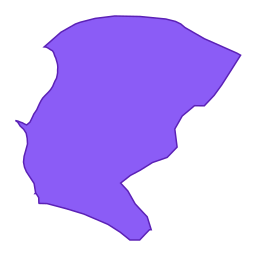 the district of Hwangju, Hwanghae-bukto, North Korea
{"feature_id": "82179303B1056018992840", "entity_name": "Hwangju", "entity_type": "district", "adm_level": 2, "iso_a3": "PRK", "parent_name": "North Korea", "parent_adm1": "Hwanghae-bukto", "projection": "mercator", "projection_center": [125.698, 38.725], "detail": "fine", "context": "isolated", "style": "filled", "palette": "violet", "viewbox_px": 256, "rotation_deg": 0, "n_neighbors": 0, "source": "geoboundaries", "source_scale": "gbopen_adm2", "svg_char_len": 1256}
<svg xmlns="http://www.w3.org/2000/svg" viewBox="0 0 256 256"><path d="M44.2,46.9L46.2,47.1L47.8,47.9L49.2,48.8L50.7,49.8L52.5,50.8L53.7,52.7L54.7,55.8L55.9,58.3L56.5,60.6L57.2,62.9L57.6,64.8L57.8,67.5L57.6,69.8L57.6,72.9L57.2,75.2L56.5,78.3L55.1,80.8L53.9,83.5L52.7,86.4L51.1,88.9L50.0,90.4L47.8,92.8L45.0,95.6L42.7,98.1L41.1,100.6L39.5,103.7L37.9,107.2L36.8,109.7L33.8,114.1L32.6,116.8L31.2,119.7L29.9,122.2L26.7,124.9L24.7,124.1L22.4,122.8L20.6,122.2L18.2,121.2L15.4,120.5L17.7,122.1L20.3,126.2L23.7,129.3L26.2,133.3L27.2,138.4L27.5,144.0L25.4,151.7L24.1,156.3L23.5,162.1L24.5,167.2L26.4,171.7L34.1,183.5L35.6,192.8L35.0,193.6L36.2,193.6L38.7,197.6L38.9,203.0L39.1,203.4L47.1,203.6L56.9,206.2L66.6,208.8L83.7,214.0L95.9,219.2L108.0,224.4L120.2,232.2L129.9,240.0L139.7,240.0L144.6,234.8L149.5,229.7L151.2,229.7L149.6,224.5L147.2,216.8L142.3,211.6L135.1,203.8L127.8,190.9L120.6,183.1L130.4,175.4L140.2,170.2L152.5,162.5L167.2,157.4L177.1,147.1L174.8,129.0L182.2,116.0L194.5,105.7L204.3,105.8L214.1,95.4L221.6,85.1L231.5,69.6L240.6,55.2L237.0,53.2L233.9,51.8L204.3,38.7L184.9,27.5L180.8,24.0L175.4,21.4L165.8,19.0L140.1,16.5L114.7,16.0L95.2,18.4L80.4,22.2L75.4,24.0L60.8,32.3L60.6,32.5L44.2,46.9Z" fill="#8b5cf6" stroke="#5b21b6" stroke-width="1.5"/></svg>